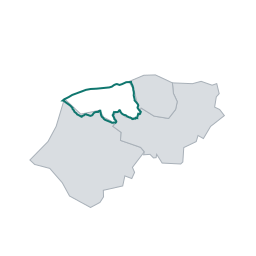 Liberia shown with its bordering countries, rotated 128°
{"feature_id": "LBR", "entity_name": "Liberia", "entity_type": "country or territory", "adm_level": 0, "iso_a3": "LBR", "parent_name": "Africa", "parent_adm1": "", "projection": "natural_earth1", "projection_center": [-9.107, 6.445], "detail": "fine", "context": "with_neighbors", "style": "outline", "palette": "teal", "viewbox_px": 256, "rotation_deg": 128, "n_neighbors": 3, "source": "natural_earth", "source_scale": "50m", "svg_char_len": 2926}
<svg xmlns="http://www.w3.org/2000/svg" viewBox="0 0 256 256"><g transform="rotate(128 128 128)"><path d="M136.7,100.5L156.3,100.3L158.9,95.5L165.5,93.9L167.7,101.0L176.9,96.5L192.3,109.1L197.3,104.9L203.9,104.3L213.7,108.6L217.6,132.2L211.6,146.1L208.0,164.8L214.2,179.1L213.6,185.6L187.9,182.7L171.0,185.6L144.1,196.1L146.1,173.8L131.4,161.2L134.5,153.8L133.0,145.8L133.7,141.0L136.0,141.0L135.7,130.6L142.4,126.3L135.5,106.1L136.7,100.5Z" fill="#d9dde1" stroke="#a8b0b8" stroke-width="1"/><path d="M58.9,59.7L75.9,63.9L89.9,62.1L90.8,68.2L96.7,65.9L109.1,72.0L121.0,63.9L123.9,64.3L134.6,79.5L131.1,89.2L134.1,87.6L135.9,89.5L135.2,94.4L139.5,99.2L136.7,100.5L135.5,106.1L142.4,126.3L135.7,130.6L136.0,141.0L129.7,140.6L126.8,147.3L122.7,147.2L119.9,143.6L120.9,137.0L114.9,126.8L104.2,130.0L102.6,114.8L95.5,101.9L84.1,101.9L76.9,105.4L72.8,113.5L65.1,120.8L53.4,104.5L46.2,99.1L42.5,88.1L38.4,85.4L44.8,77.3L49.1,77.6L58.2,72.6L57.0,67.1L58.9,59.7Z" fill="#d9dde1" stroke="#a8b0b8" stroke-width="1"/><path d="M65.1,120.8L72.8,113.5L76.9,105.4L84.1,101.9L95.5,101.9L102.6,114.8L104.2,130.0L108.1,129.1L95.0,145.8L90.8,155.9L76.7,148.0L69.3,139.1L65.1,120.8Z" fill="#d9dde1" stroke="#a8b0b8" stroke-width="1"/><path d="M89.9,153.9L90.6,153.2L91.7,150.8L93.3,148.5L94.8,147.2L95.9,145.8L97.1,144.7L98.9,143.5L101.5,140.2L102.2,139.8L102.6,137.5L103.3,134.6L104.0,133.7L105.9,133.2L106.3,132.7L106.9,130.7L107.3,128.3L107.4,127.8L108.1,127.7L109.3,127.2L110.0,127.4L110.3,128.1L110.5,128.7L114.2,127.2L114.5,126.9L115.2,128.3L115.5,128.2L115.7,127.8L115.9,127.8L116.2,128.0L116.5,128.6L117.0,129.1L117.8,129.5L118.3,130.1L118.2,131.5L118.4,132.9L118.8,133.2L119.0,134.0L119.1,134.9L119.3,135.4L119.4,136.3L119.3,137.3L119.5,138.0L120.1,139.2L120.4,140.7L120.4,141.8L120.2,142.9L119.8,143.9L119.1,145.0L119.1,145.5L119.5,145.8L120.1,145.8L120.6,145.6L121.9,146.1L122.6,146.9L123.2,147.8L123.8,148.2L124.0,148.8L124.9,148.6L126.0,148.1L126.3,147.8L126.6,148.0L127.3,148.0L127.8,147.0L128.2,145.9L129.0,144.6L129.4,144.2L129.5,143.4L129.6,142.3L129.9,141.5L130.6,141.0L131.3,141.0L131.7,141.2L131.9,142.0L132.5,142.7L133.0,143.1L133.3,143.3L133.7,143.8L134.1,145.6L135.7,151.2L135.7,152.7L135.3,153.7L135.3,154.7L135.2,155.7L134.3,157.3L131.4,160.5L131.6,160.8L132.3,161.2L133.0,161.4L133.6,161.3L134.3,162.1L135.1,163.1L135.9,163.7L137.1,164.1L138.1,164.2L139.0,164.0L140.3,164.2L141.6,165.1L142.1,166.5L142.4,167.7L142.8,168.3L142.9,169.4L143.9,170.3L145.2,170.5L146.9,171.6L147.4,171.5L147.6,171.4L147.8,171.6L148.2,174.7L148.6,176.4L148.4,177.1L148.2,177.6L148.2,180.2L147.4,181.6L147.2,183.2L147.0,183.7L146.2,184.2L146.2,185.4L145.9,186.9L145.9,188.5L146.1,192.6L146.1,195.7L146.5,196.3L144.9,196.0L140.0,193.7L136.3,192.3L123.8,184.6L120.3,181.5L116.3,176.9L107.5,167.7L105.4,166.2L102.9,165.5L101.3,164.7L100.2,163.8L99.3,161.2L97.1,159.7L93.0,157.6L89.9,153.9Z" fill="none" stroke="#0f766e" stroke-width="2"/></g></svg>